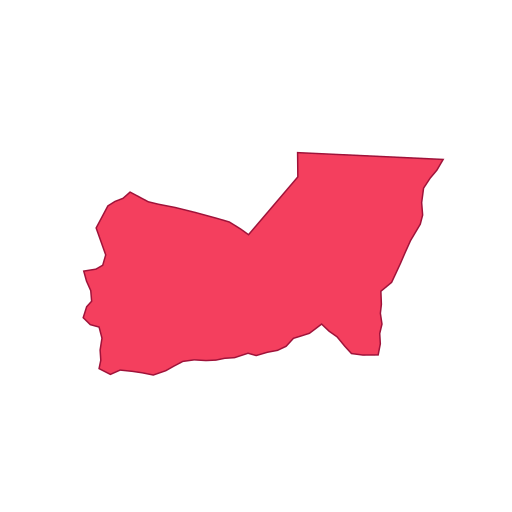 outline of Capim, Paraíba, Brazil, rotated 298°
{"feature_id": "56859067B86894416184163", "entity_name": "Capim", "entity_type": "district", "adm_level": 2, "iso_a3": "BRA", "parent_name": "Brazil", "parent_adm1": "Paraíba", "projection": "natural_earth1", "projection_center": [-35.178, -6.899], "detail": "fine", "context": "isolated", "style": "filled", "palette": "rose", "viewbox_px": 512, "rotation_deg": 298, "n_neighbors": 0, "source": "geoboundaries", "source_scale": "gbopen_adm2", "svg_char_len": 1124}
<svg xmlns="http://www.w3.org/2000/svg" viewBox="0 0 512 512"><g transform="rotate(298 256 256)"><path d="M253.3,114.8L244.5,111.5L238.0,105.9L230.7,101.7L218.7,101.7L205.7,101.7L196.2,112.1L186.4,122.8L175.9,125.0L169.2,120.8L161.8,111.0L154.3,118.1L147.8,126.4L138.9,132.1L131.7,130.3L120.4,132.4L117.6,141.9L119.6,150.8L111.1,158.6L99.8,162.5L91.1,167.9L82.9,170.3L83.1,183.0L91.5,189.6L96.2,201.2L99.5,210.5L102.7,221.2L112.4,230.2L120.4,235.3L128.6,240.9L135.3,250.2L140.2,260.9L145.3,269.5L151.0,276.4L156.2,284.8L166.4,294.6L168.2,302.9L176.4,311.3L182.8,319.3L190.5,325.0L200.9,327.7L206.5,333.3L212.9,339.5L226.7,345.9L223.9,355.9L222.7,365.5L218.0,376.8L214.7,386.1L218.7,396.8L226.0,410.3L236.8,407.0L245.7,401.6L255.0,399.2L263.8,392.7L272.2,389.4L283.5,382.8L296.4,388.1L306.4,387.6L317.3,387.0L328.5,386.1L342.2,385.2L352.4,385.7L361.2,386.1L370.4,383.9L380.9,377.2L394.6,372.1L406.4,373.2L416.7,375.4L429.1,375.9L366.8,244.2L345.5,255.8L271.3,239.4L272.6,229.8L273.5,216.5L270.7,203.0L266.3,183.6L260.9,161.9L255.8,145.2L253.3,135.4L253.3,114.8Z" fill="#f43f5e" stroke="#9f1239" stroke-width="1.5"/></g></svg>